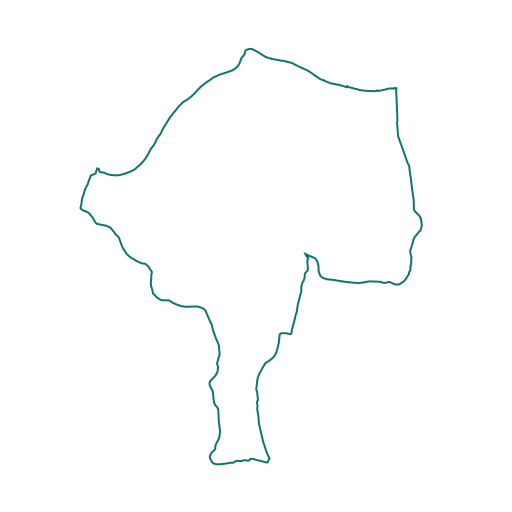 outline of Dom Aleixo, Dili, East Timor, rotated 353°
{"feature_id": "22284137B34351426942246", "entity_name": "Dom Aleixo", "entity_type": "district", "adm_level": 2, "iso_a3": "TLS", "parent_name": "East Timor", "parent_adm1": "Dili", "projection": "natural_earth1", "projection_center": [125.529, -8.576], "detail": "fine", "context": "isolated", "style": "outline", "palette": "teal", "viewbox_px": 512, "rotation_deg": 353, "n_neighbors": 0, "source": "geoboundaries", "source_scale": "gbopen_adm2", "svg_char_len": 5986}
<svg xmlns="http://www.w3.org/2000/svg" viewBox="0 0 512 512"><g transform="rotate(353 256 256)"><path d="M242.1,462.3L243.1,460.9L244.6,458.5L242.7,452.4L241.9,448.7L240.4,440.7L238.5,423.1L238.9,415.0L238.5,408.2L239.2,405.2L239.1,401.2L240.4,399.1L240.5,391.3L240.0,388.0L241.2,383.7L242.2,379.0L243.6,375.7L246.0,371.8L248.9,367.8L252.2,363.5L255.9,361.8L258.3,360.4L260.6,358.9L262.6,357.0L264.4,354.2L266.1,350.2L268.1,344.9L269.9,336.8L271.3,335.9L273.1,335.9L276.4,336.3L279.7,337.5L281.1,337.7L282.0,336.5L282.8,333.2L284.4,329.4L287.5,321.5L287.8,320.2L289.6,316.6L291.5,309.6L293.8,303.8L295.3,299.7L296.7,296.6L297.1,292.4L298.3,289.0L300.2,286.3L301.6,283.5L302.0,281.0L302.9,278.7L305.0,277.2L305.9,275.7L306.3,267.1L306.6,266.3L307.5,264.3L307.6,263.6L306.3,262.8L305.8,261.6L305.3,260.0L309.8,262.8L312.5,264.3L314.4,265.6L315.2,266.7L316.0,268.6L316.5,271.0L316.8,273.3L316.7,274.7L316.3,278.5L316.9,281.3L317.5,283.7L318.8,285.0L320.0,286.0L323.1,287.6L330.3,289.3L342.0,292.7L354.7,295.5L365.5,295.0L373.6,296.3L377.0,297.0L379.3,298.3L381.5,298.5L384.0,297.9L385.9,298.3L389.6,300.7L391.8,301.5L393.8,301.5L394.9,301.6L399.6,299.2L401.3,297.7L405.6,292.6L406.0,290.7L406.8,289.7L407.7,288.6L407.8,286.3L408.9,282.8L409.4,279.8L410.2,276.2L409.7,273.8L409.7,272.1L409.5,270.0L412.0,264.6L413.6,261.0L414.4,258.7L416.2,256.2L418.6,253.9L420.8,251.8L422.5,250.5L424.4,245.7L424.3,242.2L424.3,239.1L422.8,235.5L420.5,232.7L418.9,230.6L418.4,229.2L419.4,218.8L419.2,215.9L419.1,209.2L419.1,203.5L419.1,196.2L418.9,192.0L419.0,184.8L417.8,182.3L414.5,166.9L411.7,154.8L411.7,153.2L411.8,150.9L411.8,150.2L412.2,143.1L412.2,140.8L412.7,139.3L413.0,136.9L413.4,133.1L413.7,128.1L414.0,125.2L414.8,115.7L415.0,112.0L415.3,108.3L415.9,106.7L414.5,106.3L414.2,106.0L413.6,106.3L413.7,106.6L412.2,106.4L409.7,106.1L408.5,106.0L406.9,106.2L404.7,106.5L399.3,107.0L396.7,106.8L396.6,106.5L396.3,106.5L396.2,106.9L394.2,106.9L389.9,106.3L386.1,105.6L383.2,105.0L381.2,104.5L378.7,103.7L377.1,102.9L375.0,102.3L373.3,101.5L368.9,99.8L367.8,99.3L367.7,98.9L367.3,98.5L367.1,98.6L366.8,99.5L364.5,98.6L362.7,97.6L360.6,96.9L359.0,96.1L358.4,95.9L357.0,95.6L354.7,94.8L353.4,94.4L352.4,94.0L351.7,93.9L350.7,93.5L350.3,93.3L350.1,93.2L349.6,92.8L345.8,90.8L345.5,90.5L345.2,90.0L344.9,90.0L344.7,90.0L342.8,89.1L341.2,88.1L340.9,87.9L340.1,87.2L339.9,87.0L339.7,86.8L339.1,86.2L338.7,86.0L337.9,85.1L336.4,83.9L335.8,83.5L335.2,82.9L335.0,82.7L333.9,81.6L333.1,80.9L331.6,79.7L331.2,79.3L330.3,78.6L328.8,77.6L327.6,76.8L326.3,76.1L325.7,75.6L325.1,75.2L323.0,74.1L321.7,73.3L321.4,73.0L319.8,71.9L318.5,71.2L318.1,70.9L317.1,70.0L315.4,69.0L314.0,68.3L313.1,67.9L312.0,67.6L311.5,67.4L310.8,67.2L309.9,66.8L309.7,66.6L309.3,66.4L308.4,66.2L307.4,65.7L304.0,65.0L302.4,64.4L299.8,63.5L296.9,62.7L295.0,62.0L294.0,61.4L292.4,60.8L290.9,60.2L289.3,59.2L287.3,57.6L283.2,54.1L277.5,50.2L276.1,49.8L274.7,49.7L273.4,49.9L272.2,50.1L271.2,50.4L270.6,50.8L269.5,53.7L269.0,54.6L268.1,55.5L266.7,56.8L265.8,57.5L265.4,58.2L264.5,60.2L262.9,63.0L261.5,64.8L260.0,66.2L258.4,67.2L256.9,68.1L255.1,68.9L249.7,70.1L242.3,71.5L240.5,72.0L237.9,72.9L236.4,73.3L234.8,74.0L232.4,75.4L227.9,77.6L222.1,81.1L218.3,84.1L216.1,86.0L213.7,88.0L211.3,89.7L208.6,91.4L206.1,92.8L204.0,93.6L202.1,94.5L200.0,96.3L198.2,97.5L194.0,101.7L192.2,103.3L190.1,105.4L188.1,107.3L186.1,109.7L184.2,112.2L182.2,114.5L180.3,116.9L178.1,119.9L176.8,122.2L176.5,122.8L175.7,123.6L175.0,124.1L174.4,124.8L174.3,125.0L171.8,127.8L170.3,130.3L169.0,132.2L168.1,133.3L167.8,133.7L166.9,134.7L166.0,135.6L165.4,136.1L164.6,137.0L164.1,137.7L163.4,138.7L161.4,141.7L160.6,142.8L160.4,143.0L160.0,143.5L159.8,143.8L158.0,145.9L156.2,147.8L155.3,148.5L153.8,149.8L152.5,150.8L151.5,151.6L150.8,152.2L149.8,152.7L147.3,154.5L146.3,155.1L145.7,155.5L145.2,155.8L143.6,156.3L143.1,156.5L141.7,156.9L141.3,157.0L138.5,157.6L137.2,157.9L136.1,158.3L135.3,158.5L134.6,158.6L133.4,158.6L132.0,158.9L131.3,159.0L130.6,159.1L129.5,159.1L129.2,159.0L127.3,159.0L124.0,158.3L123.4,158.2L122.8,158.1L122.3,158.0L120.7,157.5L117.8,156.3L116.8,155.8L116.1,155.2L115.4,154.8L114.5,154.5L113.1,154.1L112.3,154.0L111.4,153.6L111.0,153.3L110.8,152.9L110.6,152.5L110.8,151.6L110.8,150.8L110.6,150.5L110.2,150.4L109.8,150.0L109.6,149.8L109.1,149.7L108.1,151.6L107.0,154.3L105.5,155.0L101.8,156.0L101.5,156.8L99.0,161.4L97.7,164.3L96.4,166.1L95.0,168.1L93.6,171.0L92.3,174.1L91.1,176.3L90.2,178.5L88.8,183.9L87.6,187.0L88.9,188.9L90.5,190.0L93.0,191.2L95.4,193.0L96.9,195.5L98.5,197.8L100.5,202.8L101.7,204.5L103.6,205.2L107.1,206.5L111.3,207.8L115.0,210.1L117.9,214.8L119.4,217.6L121.6,219.9L122.4,222.0L123.1,225.0L123.9,228.9L124.9,232.1L126.4,235.0L127.9,238.2L129.6,240.3L132.2,242.9L134.2,244.2L136.6,246.3L139.6,248.1L141.6,249.3L144.9,250.2L146.2,251.3L148.2,254.0L149.6,256.8L150.7,259.1L149.8,261.9L149.6,263.5L148.9,267.3L148.3,269.9L148.2,273.2L149.0,277.0L149.2,280.8L150.9,282.5L151.9,284.3L154.0,286.4L156.7,288.3L159.7,288.8L164.5,289.5L167.2,292.0L171.1,294.4L175.4,296.5L180.3,297.9L183.6,298.1L191.8,299.0L195.3,300.6L197.7,302.0L199.4,304.6L200.2,307.5L201.3,311.4L202.3,314.8L203.7,318.8L204.2,323.8L206.4,333.9L207.1,335.6L208.3,340.4L208.0,344.4L208.0,348.9L205.9,353.7L204.1,358.4L204.9,361.1L203.7,366.3L201.3,369.6L198.3,372.3L194.9,374.8L194.2,377.5L194.6,379.7L196.4,384.5L196.6,387.3L196.4,391.6L196.5,395.8L197.3,399.2L198.8,400.8L199.8,403.4L198.9,416.7L199.0,423.6L199.0,425.7L197.5,431.1L196.5,433.4L194.0,436.9L192.9,438.7L192.3,440.4L192.1,442.4L190.8,443.9L188.4,445.4L187.0,447.0L185.7,449.0L185.8,451.4L186.8,454.1L187.6,455.7L188.9,457.0L192.3,458.1L195.7,458.3L198.5,458.4L201.3,458.3L203.9,458.3L205.6,458.0L207.2,458.4L208.7,458.3L210.1,457.4L211.9,457.0L213.5,457.2L216.5,457.8L217.4,457.6L219.1,457.3L220.5,457.4L222.6,458.0L223.9,458.2L224.8,457.6L225.5,456.9L226.4,456.7L228.2,457.0L229.9,457.7L233.0,459.1L236.1,460.1L240.0,461.8L242.1,462.3Z" fill="none" stroke="#0f766e" stroke-width="2"/></g></svg>